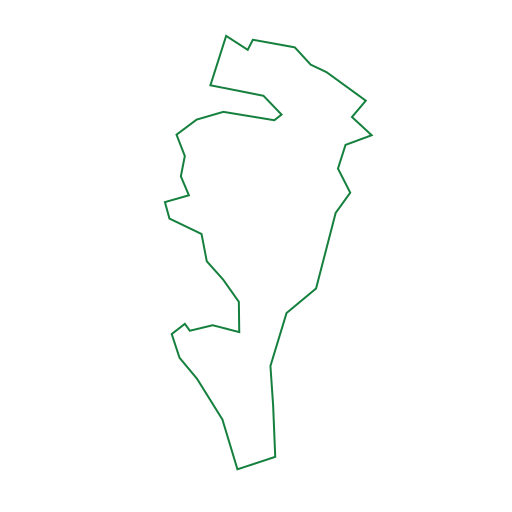 outline of Narin, Namangan, Uzbekistan, rotated 278°
{"feature_id": "79887680B11323044548647", "entity_name": "Narin", "entity_type": "district", "adm_level": 2, "iso_a3": "UZB", "parent_name": "Uzbekistan", "parent_adm1": "Namangan", "projection": "mercator", "projection_center": [71.985, 40.952], "detail": "fine", "context": "isolated", "style": "outline", "palette": "green", "viewbox_px": 512, "rotation_deg": 278, "n_neighbors": 0, "source": "geoboundaries", "source_scale": "gbopen_adm2", "svg_char_len": 691}
<svg xmlns="http://www.w3.org/2000/svg" viewBox="0 0 512 512"><g transform="rotate(278 256 256)"><path d="M469.7,222.8L459.0,219.1L469.8,195.8L418.7,187.1L415.7,241.1L399.6,261.6L393.0,255.3L394.2,203.6L382.8,178.2L365.1,160.4L345.1,171.6L324.4,170.5L306.8,181.1L296.7,158.3L281.0,165.1L270.2,199.0L243.9,208.0L228.0,226.8L208.2,245.4L178.3,250.0L181.4,222.7L172.8,200.9L178.9,195.0L167.0,183.4L144.6,194.4L126.2,214.7L89.4,245.5L42.2,267.3L59.8,303.0L110.2,293.8L149.1,285.6L203.8,294.2L232.2,320.0L309.8,328.9L331.8,340.5L354.0,325.0L378.5,329.2L391.7,353.7L407.0,331.7L425.1,343.1L447.8,300.4L453.1,283.5L468.0,265.4L469.7,222.8Z" fill="none" stroke="#15803d" stroke-width="2"/></g></svg>